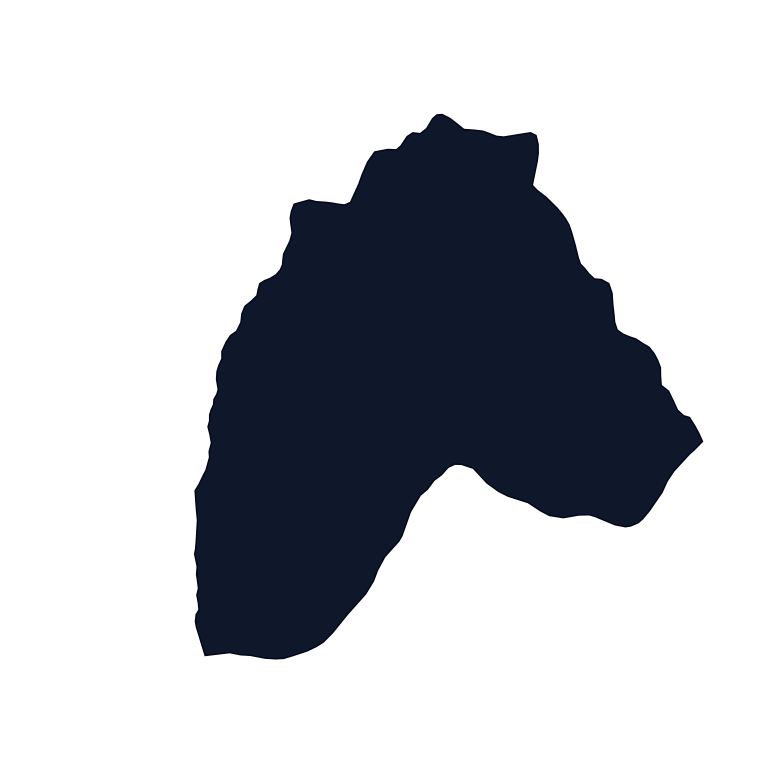 outline of Euclides da Cunha Paulista, São Paulo, Brazil, rotated 337°
{"feature_id": "56859067B14841282589371", "entity_name": "Euclides da Cunha Paulista", "entity_type": "district", "adm_level": 2, "iso_a3": "BRA", "parent_name": "Brazil", "parent_adm1": "São Paulo", "projection": "albers", "projection_center": [-52.588, -22.511], "detail": "fine", "context": "isolated", "style": "filled", "palette": "ink", "viewbox_px": 768, "rotation_deg": 337, "n_neighbors": 0, "source": "geoboundaries", "source_scale": "gbopen_adm2", "svg_char_len": 2403}
<svg xmlns="http://www.w3.org/2000/svg" viewBox="0 0 768 768"><g transform="rotate(337 384 384)"><path d="M654.7,561.3L654.5,552.6L653.7,544.0L652.1,534.2L647.3,530.2L643.9,522.7L643.6,511.8L643.1,501.7L638.6,493.6L641.5,485.0L644.8,476.9L645.1,468.9L644.5,461.6L642.4,453.9L637.6,447.3L633.4,441.0L628.2,436.4L623.5,431.5L619.7,425.4L620.4,417.3L622.8,409.8L625.7,400.0L629.4,389.4L630.1,379.3L624.9,372.8L618.7,369.5L615.6,362.6L614.0,356.6L611.6,350.2L612.1,343.6L614.3,330.1L615.9,317.3L616.4,309.7L615.6,303.1L614.2,297.0L611.9,289.5L606.1,275.4L600.5,265.5L598.1,259.0L603.7,250.9L611.9,239.0L616.0,232.0L619.5,223.6L621.0,214.6L617.0,210.0L590.7,203.5L584.3,200.0L578.1,193.9L573.7,189.9L565.9,185.5L556.9,180.9L553.1,173.7L548.4,165.3L542.8,158.7L537.8,157.0L532.4,158.8L523.1,165.6L515.2,167.8L508.7,164.1L502.0,165.3L492.8,171.4L487.0,173.3L479.0,169.6L466.1,166.8L455.7,173.3L445.6,182.9L439.4,189.7L424.1,203.8L417.5,203.8L411.2,200.1L406.5,197.0L400.7,193.7L392.9,189.8L387.1,185.4L371.6,183.4L366.3,188.9L362.6,194.6L361.0,199.9L358.5,209.1L353.3,215.7L342.4,225.2L339.7,229.9L337.3,234.5L333.3,238.4L327.4,241.3L320.5,242.4L314.7,242.2L308.9,243.1L305.0,248.0L301.6,253.1L294.0,256.0L286.5,258.1L280.7,263.8L276.4,271.5L268.9,277.9L261.7,279.4L255.1,283.8L247.6,290.6L244.7,297.5L239.3,302.4L235.2,307.3L231.7,314.3L229.3,324.3L226.1,328.3L221.6,331.6L218.9,336.7L215.0,340.1L211.5,344.3L209.1,349.9L205.4,354.5L204.0,362.9L202.2,370.8L196.7,377.9L194.8,383.4L186.5,393.8L181.5,398.0L174.3,404.3L168.5,408.4L164.5,419.9L161.6,428.6L159.1,436.6L155.2,444.4L151.8,451.4L149.3,456.3L146.2,462.2L143.3,466.6L140.8,479.0L137.1,486.1L135.2,493.4L133.4,499.7L129.3,505.2L127.6,513.0L125.5,519.6L121.0,522.9L117.6,529.1L116.4,534.5L113.3,564.0L137.0,570.9L146.3,577.2L155.0,581.5L167.4,589.8L176.7,594.5L184.3,597.3L194.2,598.4L209.0,599.6L219.5,599.1L227.3,597.8L239.3,592.9L260.3,581.7L285.1,570.0L297.2,561.3L305.2,552.9L317.2,543.3L336.3,534.4L341.1,530.8L358.4,511.9L374.0,500.5L382.6,497.9L392.4,492.2L401.4,490.0L410.2,485.8L417.7,485.4L423.8,488.1L433.3,496.4L440.2,515.5L447.9,528.1L454.6,535.9L470.3,549.4L478.6,561.9L484.9,569.6L496.9,577.1L512.0,580.6L521.8,584.5L526.4,588.2L541.7,603.8L550.5,609.7L555.6,611.0L563.8,611.0L569.7,609.0L578.5,604.5L597.5,592.4L606.7,584.0L616.7,577.4L638.0,567.7L644.1,565.7L654.7,561.3Z" fill="#0f172a" stroke="#020617" stroke-width="1.5"/></g></svg>